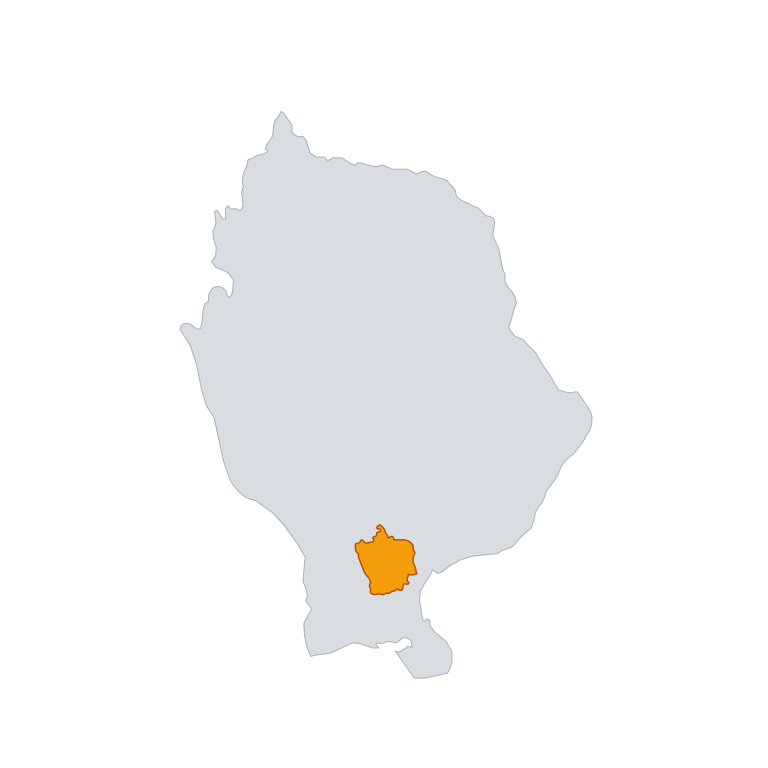 Braila highlighted on a map of Romania, rotated 67°
{"feature_id": "ROU-313", "entity_name": "Braila", "entity_type": "County", "adm_level": 1, "iso_a3": "ROU", "parent_name": "Romania", "parent_adm1": "", "projection": "natural_earth1", "projection_center": [27.608, 45.126], "detail": "fine", "context": "in_parent", "style": "filled", "palette": "amber", "viewbox_px": 768, "rotation_deg": 67, "n_neighbors": 0, "source": "natural_earth", "source_scale": "10m", "svg_char_len": 5520}
<svg xmlns="http://www.w3.org/2000/svg" viewBox="0 0 768 768"><g transform="rotate(67 384 384)"><path d="M582.8,423.7L589.3,431.8L597.6,436.0L616.7,440.6L618.4,440.1L618.6,439.2L617.3,438.0L617.1,436.5L618.0,434.7L620.6,434.6L624.9,436.2L633.1,433.8L645.2,427.4L656.3,426.1L666.4,429.9L671.7,434.3L675.0,438.6L674.0,443.8L673.4,447.0L670.9,460.5L669.1,465.5L666.1,471.2L634.7,477.9L636.7,474.7L635.9,469.0L634.6,464.7L637.5,460.9L630.4,459.5L627.3,461.6L624.9,465.3L627.1,473.8L623.7,478.5L622.4,481.1L622.2,487.4L620.2,490.1L619.8,493.0L624.8,492.2L622.6,497.6L613.2,508.0L609.9,514.1L610.8,538.6L606.7,553.3L606.3,557.6L596.3,557.7L593.3,557.4L583.7,555.2L573.0,551.3L566.7,543.7L562.7,538.3L553.7,540.8L551.9,540.1L549.5,537.5L542.6,535.8L534.2,535.7L515.3,525.9L513.2,524.2L498.4,525.9L476.1,530.8L459.1,536.8L441.5,547.5L434.3,555.7L426.0,560.0L414.2,563.2L393.3,562.0L371.4,557.9L348.0,553.5L335.3,555.9L318.2,554.1L292.4,548.9L273.1,547.3L254.1,550.4L250.9,548.0L250.3,545.3L251.1,541.4L253.8,538.4L258.5,536.0L260.9,533.6L261.2,531.2L256.1,527.4L245.7,522.0L241.4,518.7L240.3,517.9L240.1,514.9L238.0,512.5L233.9,510.8L230.8,507.7L228.6,503.2L229.2,498.9L232.5,494.9L236.6,493.2L241.6,493.8L243.7,492.6L242.9,489.8L238.1,486.3L229.3,481.9L220.1,484.3L210.7,493.3L203.9,494.8L200.0,488.7L192.8,485.1L182.4,483.9L176.0,481.6L173.6,478.1L169.1,475.4L159.1,472.5L159.0,469.7L160.7,469.1L164.3,468.8L169.1,468.3L169.9,466.7L170.0,465.3L166.3,463.5L162.4,462.2L160.5,461.0L159.2,459.6L159.0,458.2L160.2,457.2L161.7,457.2L163.3,456.3L164.2,453.0L166.3,450.3L167.8,449.3L167.8,447.3L166.3,445.5L164.2,443.8L161.2,442.9L151.7,440.0L146.9,436.1L144.0,435.9L139.3,433.8L134.4,430.3L130.1,425.5L125.5,422.3L124.3,421.0L124.2,419.8L125.1,418.4L125.1,416.9L124.0,412.2L125.0,407.1L124.9,402.4L124.9,400.3L124.0,399.6L123.2,400.3L122.0,401.2L120.9,401.4L117.5,398.0L113.3,390.9L110.4,388.6L104.6,385.4L99.8,382.6L96.5,376.8L93.0,372.3L95.4,370.4L109.5,367.7L115.9,370.3L118.8,369.4L121.7,367.3L123.3,365.6L123.7,363.8L125.1,361.5L129.9,360.5L142.3,361.8L147.4,358.7L149.3,357.0L150.5,353.2L151.9,350.2L156.4,348.6L156.4,345.8L155.8,342.8L158.6,336.1L160.3,333.3L162.8,332.3L165.9,330.2L171.3,325.8L170.2,322.0L171.3,319.2L177.0,312.3L181.3,305.6L181.3,302.3L182.0,299.4L185.8,296.2L189.8,292.1L195.2,279.1L197.1,277.0L200.5,274.5L203.1,272.1L203.6,263.6L206.0,261.1L210.5,258.4L215.1,253.9L218.9,248.7L221.7,246.3L225.4,245.6L229.5,243.6L234.0,242.8L238.4,243.8L241.1,243.3L245.4,240.8L256.2,231.2L257.8,229.3L260.0,228.0L268.7,224.7L270.9,221.4L274.0,218.4L277.8,218.6L290.2,226.0L303.6,225.5L306.0,225.8L306.8,225.9L308.4,226.5L326.2,230.2L329.0,229.8L329.7,229.5L336.9,232.5L343.2,232.1L349.3,230.0L355.5,229.3L361.3,230.5L365.6,234.8L376.9,243.7L380.2,247.1L385.4,246.6L391.2,244.9L397.1,238.9L415.1,232.1L428.8,230.4L442.2,227.7L457.7,225.8L462.2,220.2L464.7,216.4L466.5,209.4L474.8,207.4L482.7,205.9L485.5,205.1L491.3,204.8L495.7,205.4L502.6,208.8L507.5,213.2L509.4,216.6L513.5,221.5L517.8,228.3L522.6,237.5L523.7,242.1L525.5,247.0L529.0,253.1L535.9,259.8L536.8,261.1L539.9,265.9L545.9,276.3L550.9,280.6L555.3,285.1L557.4,289.7L560.6,293.9L567.9,299.5L573.9,304.5L578.7,319.0L582.1,325.7L584.2,330.8L583.2,341.1L584.6,345.5L581.9,353.6L577.0,369.9L575.8,382.9L576.7,389.9L576.8,394.4L578.0,397.2L579.3,403.1L579.5,408.3L577.8,409.8L575.3,411.0L574.3,412.1L576.6,414.4L579.7,418.7L582.8,423.7Z" fill="#d9dde1" stroke="#a8b0b8" stroke-width="1"/><path d="M534.2,428.7L534.8,427.1L536.3,425.0L537.9,423.1L538.9,422.2L540.2,421.5L543.8,420.3L547.4,421.7L549.5,421.6L550.7,421.4L551.4,421.6L551.9,422.0L553.2,423.4L555.2,425.0L558.6,426.6L560.8,427.0L564.9,426.9L566.3,427.1L567.9,427.5L571.6,428.0L571.3,428.7L571.2,429.4L571.1,431.7L571.0,432.0L570.9,432.2L570.4,433.1L570.0,434.4L569.7,434.9L568.9,436.0L572.3,438.7L574.4,439.5L576.6,438.7L577.0,439.0L577.3,439.4L577.6,439.8L577.8,440.3L577.0,441.3L576.1,443.0L575.8,444.5L576.8,445.2L577.9,445.5L579.2,446.3L580.2,447.3L580.8,448.4L580.5,449.4L579.8,450.4L578.9,451.3L578.1,451.6L577.9,451.9L578.3,454.5L578.5,454.9L578.6,455.1L578.7,455.6L578.6,456.1L578.0,456.9L577.9,457.5L578.5,460.3L578.5,462.1L577.7,462.9L577.5,463.2L577.5,466.7L577.6,467.1L577.5,467.4L577.0,468.2L575.4,470.2L574.8,471.4L574.5,473.3L574.1,474.9L573.2,476.4L572.0,477.5L570.7,477.9L569.5,477.6L567.7,476.5L566.5,476.3L565.3,476.3L564.3,476.5L562.4,474.9L561.9,474.3L560.8,473.7L559.5,473.5L556.6,473.8L555.3,474.2L554.2,474.7L552.8,475.1L550.4,475.6L533.5,475.2L531.8,474.5L531.0,474.2L530.2,474.0L529.1,474.4L527.7,475.0L526.4,475.1L525.5,474.9L520.4,473.1L520.1,472.5L520.5,468.9L520.2,467.9L519.5,467.2L518.9,466.7L518.8,466.0L519.0,465.3L519.8,464.6L520.5,464.3L522.7,463.8L523.2,463.0L523.7,461.7L524.3,458.8L524.6,457.1L524.7,455.9L524.6,455.1L524.2,454.6L523.7,454.4L522.2,454.5L521.4,454.4L520.9,454.1L520.7,453.5L520.7,452.9L520.8,451.3L520.7,450.6L520.3,449.9L519.8,449.6L519.1,449.4L518.5,449.1L518.1,448.6L518.1,447.7L518.1,446.1L518.1,445.5L517.8,444.9L517.4,444.5L516.9,444.2L516.3,444.2L515.8,444.4L515.4,444.7L515.4,445.3L515.3,445.8L515.1,446.2L514.6,446.8L513.9,446.9L513.3,446.8L512.9,446.4L512.0,444.3L511.9,443.7L512.0,443.2L512.5,442.5L513.4,441.8L518.3,440.3L521.2,440.7L522.0,440.7L524.4,440.0L525.3,440.0L525.9,440.2L526.4,440.5L526.8,440.6L527.2,440.3L527.4,439.1L527.1,437.3L527.2,436.5L527.6,435.9L528.7,435.4L529.7,435.4L530.6,435.6L531.4,435.4L531.9,434.8L532.4,433.0L532.8,431.9L534.0,430.2L534.2,428.7Z" fill="#f59e0b" stroke="#b45309" stroke-width="1.5"/></g></svg>